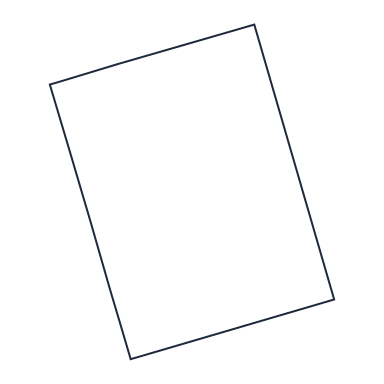 the district of Grundy, Illinois, United States of America, rotated 165°
{"feature_id": "52423323B76821176923110", "entity_name": "Grundy", "entity_type": "district", "adm_level": 2, "iso_a3": "USA", "parent_name": "United States of America", "parent_adm1": "Illinois", "projection": "mercator", "projection_center": [-88.344, 41.286], "detail": "fine", "context": "isolated", "style": "outline", "palette": "slate", "viewbox_px": 384, "rotation_deg": 165, "n_neighbors": 0, "source": "geoboundaries", "source_scale": "gbopen_adm2", "svg_char_len": 302}
<svg xmlns="http://www.w3.org/2000/svg" viewBox="0 0 384 384"><g transform="rotate(165 192 192)"><path d="M82.5,51.4L88.5,337.6L230.5,334.8L294.9,332.7L301.5,332.6L299.5,261.2L297.7,189.8L296.4,118.3L295.4,82.6L294.5,46.7L294.5,46.4L82.5,51.4Z" fill="none" stroke="#1e293b" stroke-width="2"/></g></svg>